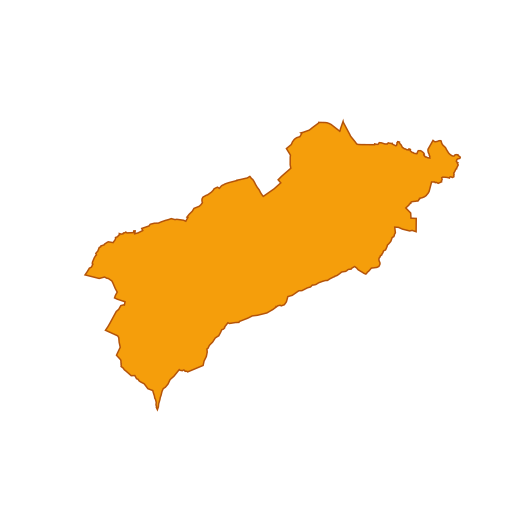 Calnic, Alba, Romania (orthographic projection), rotated 24°
{"feature_id": "2599482B71392361951203", "entity_name": "Calnic", "entity_type": "district", "adm_level": 2, "iso_a3": "ROU", "parent_name": "Romania", "parent_adm1": "Alba", "projection": "orthographic", "projection_center": [23.664, 45.882], "detail": "fine", "context": "isolated", "style": "filled", "palette": "amber", "viewbox_px": 512, "rotation_deg": 24, "n_neighbors": 0, "source": "geoboundaries", "source_scale": "gbopen_adm2", "svg_char_len": 6063}
<svg xmlns="http://www.w3.org/2000/svg" viewBox="0 0 512 512"><g transform="rotate(24 256 256)"><path d="M371.0,173.2L374.4,171.9L378.8,171.9L386.2,170.6L388.2,169.1L392.4,168.7L387.1,156.5L382.2,158.4L379.8,153.8L373.3,151.2L375.0,147.2L375.0,146.3L375.9,144.9L375.5,144.7L376.0,143.3L377.9,142.0L379.9,140.9L380.5,140.3L381.3,140.1L381.7,139.7L381.9,138.9L381.7,138.3L382.1,137.8L382.3,137.2L382.0,136.8L384.3,135.0L385.8,133.4L387.0,131.4L387.0,131.0L387.7,128.6L387.9,126.7L386.3,117.0L389.1,115.7L389.9,116.1L390.8,115.4L392.9,115.5L395.4,112.7L394.8,112.1L395.0,110.6L393.8,108.9L394.4,108.1L395.9,107.4L398.6,106.5L400.8,106.1L401.0,106.1L401.0,105.0L401.7,104.4L403.5,104.4L404.5,103.2L404.2,102.2L403.8,102.0L403.7,100.7L402.9,99.9L403.2,98.0L403.2,95.5L403.8,94.7L403.5,94.4L403.7,90.6L402.2,89.3L402.5,88.7L401.4,88.5L400.5,88.0L400.3,86.2L401.0,84.9L401.5,84.8L402.5,83.9L402.5,82.9L402.0,82.4L400.9,82.2L399.6,81.9L399.3,81.4L399.0,81.6L398.2,81.7L397.3,82.2L396.6,82.8L396.4,83.8L396.1,84.3L395.2,84.6L394.0,84.7L391.6,84.2L390.1,83.6L386.7,81.3L385.3,80.1L384.0,79.5L381.8,78.8L380.2,77.8L379.6,77.2L379.0,76.5L378.4,75.7L377.9,75.5L376.7,76.0L375.8,76.7L375.4,77.3L373.4,78.7L372.5,78.9L370.7,78.4L369.8,87.7L369.7,88.5L370.2,89.8L371.4,91.5L372.8,92.6L373.5,93.7L374.2,94.1L374.5,95.2L375.0,95.7L374.2,96.1L372.7,96.4L371.0,96.3L370.8,96.6L369.5,96.4L368.9,95.4L368.3,95.6L367.9,95.0L368.1,94.3L367.1,93.6L364.6,92.9L363.3,92.9L361.4,93.8L361.3,94.8L361.4,95.3L361.2,95.8L361.5,96.9L361.2,97.2L358.6,97.9L357.4,97.6L356.6,97.9L354.2,97.2L353.8,96.5L353.9,96.1L353.4,95.8L352.7,95.8L352.0,96.2L352.3,97.0L350.5,97.6L349.0,97.4L347.9,97.7L346.4,97.3L345.6,97.3L343.4,95.5L341.2,94.6L340.9,94.2L340.8,93.6L340.3,93.6L339.8,93.6L338.9,93.9L339.1,94.6L338.7,95.2L339.3,96.4L339.2,96.9L339.4,97.9L338.8,98.5L335.0,98.3L334.6,97.7L334.0,98.1L331.5,98.8L330.9,98.8L330.4,99.6L330.2,100.5L329.2,100.7L328.4,101.2L324.6,101.6L322.5,102.3L322.1,104.3L321.3,104.8L318.8,105.3L319.1,106.1L306.7,111.5L303.8,112.6L302.4,112.7L300.2,111.4L293.7,108.1L292.2,106.8L281.3,98.3L280.8,97.6L281.5,106.0L281.9,107.1L281.8,108.0L278.8,107.2L271.1,105.3L268.9,105.2L266.7,105.4L265.0,105.9L259.0,108.4L259.2,108.9L255.3,115.8L254.3,117.8L253.5,119.3L251.1,121.6L249.0,123.6L246.9,125.3L247.9,125.5L247.6,129.1L245.1,131.3L244.1,132.8L243.5,134.1L243.2,135.5L242.9,136.8L242.9,139.8L240.1,145.5L246.4,149.8L247.1,151.9L250.1,158.7L252.1,161.7L246.9,172.9L245.2,177.4L248.9,179.1L245.2,187.3L238.4,198.6L236.1,197.4L234.3,196.2L232.0,194.3L229.1,192.7L226.3,190.7L224.8,189.4L222.7,187.9L221.6,187.3L220.3,187.1L219.1,186.3L218.0,185.8L217.9,185.9L216.7,187.7L215.8,188.7L215.1,189.1L211.3,192.0L210.9,192.3L207.8,194.5L208.0,194.7L201.5,199.9L199.7,201.5L198.0,203.2L197.5,204.1L196.5,205.0L195.8,206.3L195.0,209.1L192.8,208.8L191.2,210.6L190.3,211.9L190.2,213.3L189.3,215.8L186.8,220.0L186.0,220.6L183.6,223.8L183.5,225.1L183.5,225.9L184.0,227.2L184.8,228.5L185.3,228.9L185.3,229.5L184.8,231.7L183.9,233.7L180.0,237.7L179.9,238.4L179.6,241.0L178.0,245.0L177.1,248.6L178.1,248.5L177.7,252.8L175.2,252.8L168.7,254.7L167.2,255.7L163.4,256.3L161.2,258.4L158.8,260.3L155.6,263.3L153.4,265.7L149.8,267.4L146.5,270.0L146.0,272.1L140.4,277.3L142.2,278.8L138.8,282.9L136.2,285.0L135.4,282.2L134.2,282.7L134.5,284.5L128.7,287.4L127.3,287.1L126.6,288.3L125.8,288.6L125.4,289.3L125.5,289.8L124.0,290.8L122.0,291.1L122.7,292.3L122.1,292.9L121.7,294.7L120.2,296.2L120.5,296.4L120.7,298.5L120.0,301.9L115.3,303.1L114.6,303.9L112.8,306.7L112.7,307.6L110.2,309.9L110.4,310.7L109.3,312.0L109.5,315.7L108.6,318.8L109.8,319.9L109.3,321.1L109.0,323.3L109.1,328.2L109.6,329.7L110.3,329.8L110.2,333.1L108.7,334.9L108.2,339.1L107.5,342.8L121.9,340.3L126.2,336.8L128.8,337.0L130.1,336.6L133.9,337.3L134.6,337.5L136.5,339.1L140.7,343.0L143.9,345.4L143.6,349.2L143.8,351.8L146.9,351.9L155.0,351.1L155.7,354.3L154.9,354.5L152.7,356.3L152.3,360.5L150.9,363.5L149.9,376.6L149.5,380.6L148.7,385.1L162.1,385.2L163.8,386.4L166.1,390.5L169.1,394.6L168.9,403.4L174.6,405.9L175.3,406.8L176.3,408.9L176.7,409.1L176.9,410.1L177.4,410.6L177.7,411.8L180.2,412.4L182.0,413.5L184.0,414.0L190.7,416.1L193.9,414.5L196.8,416.7L198.3,416.6L200.2,417.7L202.0,418.0L205.8,418.2L211.2,421.2L216.4,420.9L217.6,422.4L220.2,425.3L221.3,427.0L222.5,427.9L224.4,430.3L225.2,432.7L226.2,433.8L226.5,434.8L228.4,436.5L228.2,433.6L227.2,430.6L226.6,426.3L226.1,424.2L225.9,421.7L225.2,417.9L225.2,414.9L226.6,412.7L227.7,408.8L227.8,403.8L229.9,399.3L232.1,391.0L233.2,391.3L234.1,391.0L235.3,390.8L236.1,389.7L236.7,389.5L237.3,389.6L237.9,390.1L238.3,390.1L239.5,389.5L240.0,389.5L240.7,389.7L252.2,377.5L251.3,373.2L251.5,368.0L250.5,363.6L249.0,360.9L249.7,359.7L249.7,357.6L249.9,356.1L251.4,352.2L252.1,347.5L253.7,345.0L254.2,344.4L254.4,344.2L254.7,340.2L254.7,337.2L255.2,336.8L256.0,336.0L256.6,334.3L256.2,333.7L257.5,328.4L259.1,328.5L264.2,325.2L267.4,323.6L267.5,322.5L274.1,315.8L277.0,312.2L281.4,309.6L289.1,303.6L293.3,297.8L294.8,295.1L294.8,294.2L295.3,294.3L296.1,292.7L298.0,291.2L299.3,291.3L301.7,289.0L302.4,285.5L301.6,280.1L305.1,277.2L309.3,270.3L312.0,269.0L316.0,264.1L318.4,262.1L319.3,259.6L320.3,259.2L322.3,257.7L324.2,254.9L327.2,252.0L329.2,250.3L331.3,249.2L332.0,248.0L332.7,246.9L335.3,243.7L336.2,242.9L336.4,242.1L336.9,241.9L338.0,240.8L339.6,238.1L340.7,235.9L341.6,235.2L344.1,233.6L344.9,232.5L345.3,231.4L346.1,230.5L348.2,229.3L348.6,227.9L350.4,225.5L352.8,226.0L354.8,227.0L358.6,227.5L359.8,227.6L361.4,227.9L363.5,227.9L364.0,227.4L364.4,225.3L365.0,224.4L365.9,221.5L366.1,220.7L366.4,220.1L371.0,217.3L372.5,215.6L372.6,213.4L372.2,212.1L371.7,211.5L370.5,210.4L369.7,209.3L369.3,207.9L369.7,206.5L369.6,206.1L369.7,205.7L369.5,205.4L369.7,204.7L370.1,204.5L370.5,203.6L370.2,203.1L370.6,201.5L370.5,200.4L370.4,199.9L370.7,199.0L371.6,198.2L371.9,197.5L371.9,195.1L371.8,193.5L371.6,192.8L371.7,192.3L372.2,191.2L373.1,188.2L373.2,187.7L372.9,183.7L374.0,182.3L374.0,181.2L373.7,179.8L373.9,178.1L371.0,173.2Z" fill="#f59e0b" stroke="#b45309" stroke-width="1.5"/></g></svg>